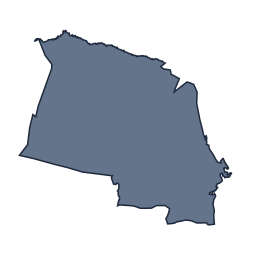 the district of Zitlala, Guerrero, Mexico, rotated 274°
{"feature_id": "50627088B63332967359881", "entity_name": "Zitlala", "entity_type": "district", "adm_level": 2, "iso_a3": "MEX", "parent_name": "Mexico", "parent_adm1": "Guerrero", "projection": "albers", "projection_center": [-99.152, 17.747], "detail": "fine", "context": "isolated", "style": "filled", "palette": "slate", "viewbox_px": 256, "rotation_deg": 274, "n_neighbors": 0, "source": "geoboundaries", "source_scale": "gbopen_adm2", "svg_char_len": 5757}
<svg xmlns="http://www.w3.org/2000/svg" viewBox="0 0 256 256"><g transform="rotate(274 128 128)"><path d="M176.2,190.4L176.6,188.5L177.4,186.8L178.0,183.6L167.1,171.5L170.5,172.3L180.8,175.8L184.8,167.0L185.6,167.0L187.5,166.6L188.9,166.0L189.4,159.4L191.6,156.3L194.0,159.2L195.3,160.5L195.4,159.5L197.1,157.6L197.2,157.4L196.7,157.0L196.7,156.7L197.2,156.0L197.2,155.7L197.6,155.2L197.6,154.4L197.9,153.6L198.5,153.2L198.5,152.9L198.3,152.5L198.3,152.2L198.8,151.9L199.1,150.9L198.6,149.1L198.4,148.9L197.9,148.8L198.1,148.2L198.0,147.5L198.7,147.3L198.3,146.6L198.6,146.3L198.5,146.0L198.7,145.3L199.4,144.6L199.4,143.7L199.8,142.8L200.7,142.1L200.5,141.1L200.7,140.6L201.1,140.4L200.6,139.5L200.8,138.5L201.2,138.2L201.0,137.7L200.9,137.6L200.7,137.2L201.0,137.0L201.1,136.6L200.9,136.2L200.9,135.5L200.0,133.2L200.2,132.9L200.7,132.7L199.9,131.6L200.0,131.4L200.5,131.2L200.8,130.6L200.9,129.7L200.8,128.7L201.3,128.2L201.4,127.6L200.9,126.9L201.1,126.7L201.7,126.7L201.9,126.0L202.1,125.8L202.1,124.3L202.4,123.9L202.4,123.3L203.0,122.7L203.4,121.6L203.4,120.0L203.5,119.8L204.1,119.6L204.2,118.5L204.9,118.6L205.2,118.4L204.8,117.7L204.7,117.0L204.9,116.4L205.5,115.9L205.9,113.4L206.7,112.2L207.9,111.3L207.5,110.8L207.0,110.9L206.9,110.8L207.8,109.6L208.3,108.5L208.3,107.0L208.4,106.9L208.8,107.0L209.2,107.0L209.3,106.6L209.1,105.8L209.5,105.7L209.4,105.2L209.3,102.2L208.8,101.9L208.8,101.1L208.2,100.7L208.9,100.5L209.3,100.1L209.2,98.8L209.4,98.5L210.4,98.2L210.3,96.8L211.1,96.1L210.9,95.2L210.4,94.5L210.8,93.8L210.1,93.1L209.9,92.6L210.6,92.1L209.9,91.5L209.2,90.6L209.3,90.4L209.6,90.4L210.1,90.0L210.1,88.6L209.4,86.9L209.0,86.6L208.7,85.6L209.0,84.6L208.7,84.4L208.6,84.1L209.2,84.0L209.5,83.8L209.6,83.1L209.5,82.4L209.7,82.1L210.5,81.7L211.5,80.7L211.9,80.6L212.1,80.3L212.3,79.2L212.6,78.6L212.7,77.2L213.3,76.5L213.3,76.3L213.0,76.1L213.2,75.5L214.0,75.2L214.7,73.5L214.6,73.0L214.3,72.5L214.4,72.1L214.5,72.0L215.0,71.9L215.4,71.5L215.4,70.9L214.8,70.6L215.1,69.6L215.7,69.5L216.5,69.0L216.5,68.5L216.0,68.0L215.5,67.3L215.5,66.4L215.8,66.3L216.7,66.5L217.0,66.3L217.0,66.1L216.8,65.5L216.0,64.6L216.0,63.8L216.6,63.2L216.9,63.0L218.5,62.9L218.6,62.6L218.3,62.0L218.4,61.0L219.5,59.9L219.8,59.8L220.1,59.5L220.7,59.4L220.9,59.1L220.8,58.7L220.4,58.2L220.2,58.2L219.7,58.4L219.4,58.3L219.3,58.0L219.4,57.6L220.4,57.0L220.4,56.7L219.9,56.4L218.8,56.6L218.6,56.5L218.2,56.4L217.6,56.7L217.3,56.6L216.7,55.7L216.1,54.5L215.8,54.4L215.1,54.6L214.9,54.3L214.8,53.4L214.6,53.0L214.8,52.1L214.7,51.6L214.2,51.3L213.3,51.9L212.8,51.8L212.6,51.5L212.9,50.9L212.9,50.3L212.5,50.2L211.7,50.1L211.6,49.8L212.0,49.4L212.0,49.0L211.9,48.7L211.1,48.6L211.0,48.4L211.0,48.0L211.3,47.7L211.6,47.0L211.5,46.6L210.8,46.6L210.5,46.2L210.5,45.9L211.0,45.3L210.6,43.8L210.6,42.9L210.2,42.2L209.3,41.8L207.9,38.3L207.6,38.0L208.0,37.1L208.6,36.7L209.1,36.2L209.2,35.7L209.8,35.3L209.9,34.6L210.5,34.5L210.6,34.4L210.8,30.8L208.8,29.0L208.3,28.8L207.9,28.5L210.4,32.8L194.6,40.3L186.3,47.5L182.0,47.7L143.5,36.9L132.8,35.2L134.8,32.2L121.6,29.9L104.4,29.0L93.1,21.6L91.0,35.5L86.4,58.4L84.2,70.9L80.9,85.7L79.2,115.8L77.7,115.0L76.6,115.1L70.9,117.6L71.1,118.1L70.8,119.9L71.2,119.9L71.8,120.2L72.3,121.1L72.2,121.3L71.5,122.3L71.0,122.7L70.4,122.9L66.7,123.1L65.8,122.5L64.9,122.3L64.6,121.9L64.4,121.9L63.3,122.7L62.6,122.8L60.8,122.9L60.3,123.2L59.6,123.2L58.7,124.0L58.0,124.5L57.5,124.6L56.1,124.3L55.7,124.2L55.3,123.8L54.3,123.8L53.5,123.4L51.2,123.3L49.7,123.0L50.7,124.9L50.7,137.9L50.5,139.6L48.8,145.9L49.1,150.8L49.7,157.0L52.4,161.5L52.7,162.9L53.2,170.4L50.5,175.1L46.5,174.5L45.0,174.1L41.8,173.0L40.3,172.1L35.1,174.2L35.5,177.4L36.4,181.1L37.8,183.3L38.6,186.7L40.2,192.1L39.9,197.6L38.0,203.4L38.9,213.0L37.7,213.7L37.1,214.7L37.0,215.8L38.1,220.9L47.2,219.6L51.4,219.9L58.1,218.1L59.6,218.4L62.7,218.5L63.6,219.1L63.9,219.1L64.1,219.4L65.6,219.8L66.4,220.2L66.9,220.0L68.6,218.8L67.8,218.6L67.8,217.8L67.5,217.2L67.3,216.1L68.3,216.5L68.1,216.1L67.5,215.6L67.8,215.5L67.6,214.5L67.6,213.8L68.3,213.7L68.7,213.8L69.4,214.4L70.1,215.6L70.2,215.9L69.9,216.0L69.9,216.3L70.2,216.7L70.0,217.3L69.7,217.6L70.4,217.2L71.1,217.6L71.0,217.8L71.2,218.8L71.9,219.1L71.7,219.6L73.3,220.6L73.7,220.9L74.3,220.9L74.5,221.1L74.5,221.3L74.8,221.6L75.0,221.4L75.0,220.4L75.7,220.2L75.8,219.9L76.1,219.8L76.3,220.1L76.0,220.5L76.7,220.6L78.0,220.4L78.1,220.7L78.5,220.9L78.7,221.7L79.1,222.8L81.4,225.5L82.3,225.6L84.5,225.0L84.9,224.7L85.3,224.0L85.9,223.7L86.6,223.6L87.0,223.3L87.7,223.5L88.1,223.2L88.3,223.2L88.8,224.3L89.4,224.4L89.5,224.8L89.4,225.2L88.7,225.7L88.1,225.9L86.8,225.8L86.8,226.0L87.1,226.3L86.5,226.9L85.7,228.3L85.3,228.2L85.3,228.9L86.1,229.4L86.2,230.4L86.1,230.7L85.7,231.1L85.9,231.6L86.3,231.9L86.3,232.5L86.8,232.9L87.4,233.0L87.9,233.3L88.5,233.5L90.0,234.4L90.4,233.9L90.2,233.8L90.2,233.1L89.5,232.8L89.7,232.3L89.1,232.0L88.7,231.4L88.4,231.3L88.4,230.4L88.6,230.5L89.2,230.2L90.6,230.4L90.9,229.8L90.9,228.4L90.6,227.9L90.9,227.5L91.4,227.2L92.7,227.0L93.7,226.7L94.2,226.3L94.5,226.3L94.7,227.3L95.1,227.5L95.2,227.8L95.2,228.4L95.1,228.9L94.2,229.3L94.0,230.3L94.2,230.6L94.5,230.9L95.1,231.0L95.8,230.5L96.0,230.5L96.3,230.2L97.0,229.9L97.4,229.3L97.9,228.7L98.5,228.6L99.0,228.2L99.3,227.8L99.9,227.4L100.2,227.5L101.1,226.5L102.4,226.2L102.6,225.8L104.1,225.2L104.2,224.8L104.1,224.6L101.7,222.8L101.4,222.8L99.6,223.1L99.6,222.4L100.0,221.5L99.9,220.0L103.4,217.3L106.9,215.2L110.6,212.3L113.6,210.2L116.5,209.8L116.6,208.5L117.1,208.0L117.1,207.5L119.2,207.5L121.7,207.2L121.5,206.0L122.6,205.9L122.7,206.5L123.2,206.4L123.4,207.3L124.2,207.1L125.7,206.5L124.9,205.5L124.1,205.0L127.2,203.6L130.0,202.9L141.0,199.2L157.2,194.8L168.7,194.4L176.2,190.4Z" fill="#64748b" stroke="#1e293b" stroke-width="1.5"/></g></svg>